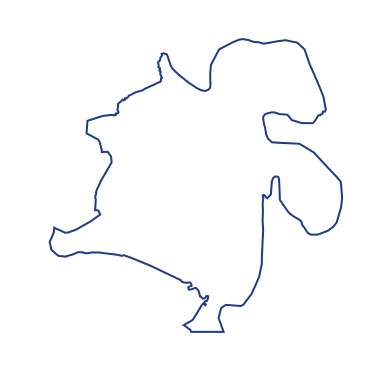 outline of Far' Al Odayn, Ibb, Yemen, rotated 171°
{"feature_id": "15242507B99801964698927", "entity_name": "Far' Al Odayn", "entity_type": "district", "adm_level": 2, "iso_a3": "YEM", "parent_name": "Yemen", "parent_adm1": "Ibb", "projection": "robinson", "projection_center": [43.774, 13.958], "detail": "fine", "context": "isolated", "style": "outline", "palette": "blue", "viewbox_px": 384, "rotation_deg": 171, "n_neighbors": 0, "source": "geoboundaries", "source_scale": "gbopen_adm2", "svg_char_len": 5675}
<svg xmlns="http://www.w3.org/2000/svg" viewBox="0 0 384 384"><g transform="rotate(171 192 192)"><path d="M182.7,48.9L185.4,63.5L181.3,72.9L176.1,75.2L172.3,74.3L165.9,72.8L161.8,71.8L159.1,72.5L158.4,73.1L157.2,74.3L149.1,82.0L148.5,83.0L146.4,86.2L143.6,90.4L139.2,97.3L139.0,97.5L134.2,110.4L134.1,111.1L133.2,116.4L132.9,118.2L132.7,119.2L131.4,125.1L129.8,133.2L128.5,139.1L128.1,141.0L127.8,142.5L126.7,152.9L125.0,161.6L123.9,170.1L122.8,174.0L122.4,174.9L122.6,175.8L122.7,176.7L122.8,177.2L122.5,177.8L122.2,177.8L121.4,177.8L120.5,177.0L120.0,175.7L118.7,174.0L114.4,177.4L111.6,189.6L109.9,192.8L107.9,194.3L107.2,194.2L106.4,194.2L104.5,193.4L104.0,191.2L105.5,177.7L106.4,170.8L105.9,169.0L105.0,167.8L104.0,164.9L103.1,163.9L102.6,162.3L99.7,156.6L96.8,153.2L94.2,151.0L90.5,148.0L89.1,146.5L88.5,144.6L88.3,142.5L87.6,140.9L86.5,139.2L85.1,135.6L83.8,133.3L82.1,131.8L80.3,131.1L74.3,130.3L64.6,132.3L64.0,132.4L57.9,135.5L53.9,139.3L53.0,141.2L49.7,148.1L47.2,153.4L45.5,159.4L44.8,162.0L44.6,162.8L43.9,172.1L43.6,176.3L43.6,179.2L44.7,180.9L45.6,182.5L46.8,184.4L53.7,194.3L58.6,201.7L65.3,211.8L76.5,221.3L76.8,221.5L78.5,222.9L85.8,224.4L98.0,226.9L105.3,228.6L108.5,232.7L109.8,237.5L109.7,239.7L109.8,244.0L109.9,245.4L110.1,246.4L110.3,248.7L110.2,252.8L110.0,254.7L109.4,255.8L107.5,257.3L106.6,257.7L103.4,258.0L101.5,258.2L98.6,257.9L95.1,256.2L94.4,255.6L85.5,253.3L82.3,247.5L75.2,244.0L75.0,243.9L72.8,242.9L70.5,242.5L69.9,242.4L62.1,241.1L61.2,241.5L60.2,242.4L58.3,244.2L56.7,246.1L55.2,247.9L54.4,248.0L53.5,247.8L52.8,248.4L51.6,248.4L50.7,249.0L50.5,250.0L50.1,251.0L49.4,250.7L48.1,250.6L47.5,251.3L46.9,252.8L46.8,253.4L47.0,254.3L47.1,257.0L47.2,265.0L48.5,271.0L50.1,278.0L51.2,282.4L52.6,287.8L52.9,288.9L53.1,289.9L53.3,290.4L53.6,291.7L54.1,293.4L55.6,298.9L55.8,299.9L56.1,301.5L58.5,315.1L59.9,317.0L61.4,318.9L64.7,323.1L66.5,323.8L71.3,325.5L75.9,327.3L83.5,327.5L83.8,327.5L91.5,327.3L92.1,327.3L94.7,327.3L97.8,327.3L101.4,328.8L102.9,329.6L107.7,330.6L112.1,333.1L117.0,334.8L118.0,335.1L119.3,335.1L121.5,335.1L128.4,333.5L131.6,332.4L133.4,331.8L137.7,330.4L139.6,329.7L143.0,328.5L148.5,321.2L148.9,320.6L153.4,314.6L154.9,308.4L155.6,305.9L157.0,295.1L157.5,292.9L158.6,291.3L159.8,290.6L161.3,290.1L162.6,289.8L164.1,290.0L166.5,290.8L167.7,291.6L169.3,292.6L171.9,294.7L175.0,297.7L178.4,300.6L178.8,301.3L179.4,301.8L182.1,304.8L183.6,306.4L185.9,308.9L189.5,313.4L192.1,317.1L193.5,321.2L193.5,322.3L193.7,323.1L194.8,329.7L195.5,332.1L198.2,333.4L199.8,333.2L200.0,333.1L200.4,333.0L200.2,332.6L200.0,332.2L200.0,331.8L200.4,331.4L200.9,330.9L202.0,329.8L202.4,328.9L202.6,328.2L203.0,327.1L203.6,326.5L204.1,326.2L204.6,326.1L205.0,325.8L205.2,325.2L205.2,324.3L205.1,322.9L205.1,322.2L205.3,321.8L205.6,321.1L205.7,320.6L205.3,320.2L204.7,319.7L204.2,319.2L204.3,318.6L204.8,318.1L205.2,317.5L205.2,317.0L204.9,316.7L204.4,316.6L204.2,316.3L204.5,314.9L204.8,313.7L205.0,313.2L204.3,311.4L204.1,310.8L203.9,310.3L203.9,309.9L203.9,309.6L204.0,309.1L204.2,308.9L204.4,308.9L204.5,308.9L204.6,309.1L204.8,309.1L204.9,308.9L205.1,308.0L205.2,307.2L205.3,306.8L205.5,306.5L205.9,306.2L206.1,305.8L209.9,304.9L213.3,303.7L216.5,303.0L217.5,302.7L218.7,302.4L222.8,301.2L223.4,300.9L225.1,300.1L231.7,299.4L235.3,298.2L237.3,297.5L239.5,297.0L239.9,296.4L240.2,295.8L240.9,295.4L241.3,295.3L241.7,294.9L241.9,294.7L242.3,294.6L242.6,294.6L242.9,294.7L243.1,295.0L243.5,295.0L243.6,294.7L243.7,294.2L243.8,293.8L244.0,293.5L244.3,293.3L244.7,293.2L245.2,293.3L245.5,293.6L245.6,293.9L245.8,294.2L246.0,294.2L246.4,294.0L247.0,293.3L247.3,293.0L247.8,292.7L248.6,292.2L249.2,291.8L249.7,291.6L250.3,291.3L250.7,291.1L250.9,290.7L251.2,290.6L251.4,290.4L251.3,289.8L251.4,289.4L251.6,288.8L251.6,288.3L251.6,288.0L252.4,286.1L252.9,284.5L252.5,283.6L252.2,283.1L252.2,282.4L252.2,282.0L252.6,281.7L253.5,281.4L254.3,281.4L254.8,281.4L254.9,280.9L254.9,280.5L255.3,279.9L255.8,280.0L256.3,280.3L256.7,280.5L257.0,280.3L257.3,280.1L257.4,279.9L257.9,280.2L258.8,280.5L259.5,280.7L259.7,280.8L268.4,281.1L270.6,280.7L270.9,280.7L273.1,280.4L275.9,279.9L282.1,279.0L282.5,278.9L283.1,278.8L284.1,278.6L287.0,266.4L285.2,265.1L278.5,260.0L276.5,258.6L275.2,255.2L275.2,254.8L274.9,250.9L274.8,248.9L274.6,246.7L274.8,245.5L273.4,245.4L272.5,245.4L270.4,245.0L268.9,244.8L266.4,239.6L266.6,235.6L266.7,233.9L270.9,228.7L280.1,217.4L282.5,213.7L286.4,207.9L286.5,207.5L286.8,205.8L287.0,204.8L288.0,203.7L288.4,201.4L288.2,199.7L289.1,195.5L289.3,194.5L289.5,193.8L290.4,189.7L290.6,189.2L287.8,188.7L287.2,188.1L287.0,186.9L286.2,184.1L296.5,179.0L300.1,177.6L308.8,174.3L311.7,173.1L320.5,171.4L323.8,171.7L333.7,178.3L334.5,174.6L335.3,172.9L339.8,165.8L340.4,164.9L339.9,157.0L336.5,152.7L333.9,149.8L327.9,148.2L325.8,147.9L325.7,148.3L320.4,148.8L317.4,149.5L313.6,150.4L312.7,150.2L309.5,149.5L306.2,148.0L302.7,147.9L299.5,147.9L298.7,147.7L297.5,147.5L295.0,147.1L292.5,146.6L290.5,146.0L283.2,143.8L280.5,143.1L275.8,141.7L271.3,139.9L269.4,140.3L262.9,136.8L244.9,125.9L235.1,119.2L216.8,106.6L216.2,105.2L215.2,104.4L211.5,103.1L208.5,103.1L207.3,101.7L206.9,100.4L207.2,99.2L208.4,99.2L210.5,98.6L210.7,96.5L210.1,95.9L207.3,96.0L204.8,96.6L203.1,96.6L201.8,94.8L200.8,92.7L200.4,87.8L200.1,87.9L198.8,86.0L197.8,84.9L196.7,84.9L194.9,85.8L194.5,86.7L193.7,86.9L193.1,87.0L192.7,87.0L192.4,86.5L192.4,85.6L193.1,84.0L194.4,82.1L196.1,82.1L197.2,80.9L197.2,79.8L196.4,79.2L196.0,78.8L196.5,78.1L198.3,80.1L199.7,79.2L206.6,70.9L211.3,65.6L213.7,64.5L219.2,62.6L220.4,61.5L220.7,61.5L218.8,59.8L216.8,57.6L215.3,56.2L214.7,54.0L193.1,50.6L187.3,49.6L182.7,48.9Z" fill="none" stroke="#1e3a8a" stroke-width="2"/></g></svg>